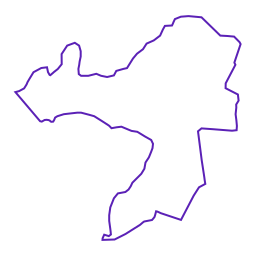 outline of Uzo-Uwani, Enugu, Nigeria
{"feature_id": "59680162B64770944232121", "entity_name": "Uzo-Uwani", "entity_type": "district", "adm_level": 2, "iso_a3": "NGA", "parent_name": "Nigeria", "parent_adm1": "Enugu", "projection": "albers", "projection_center": [7.09, 6.683], "detail": "fine", "context": "isolated", "style": "outline", "palette": "violet", "viewbox_px": 256, "rotation_deg": 0, "n_neighbors": 0, "source": "geoboundaries", "source_scale": "gbopen_adm2", "svg_char_len": 1972}
<svg xmlns="http://www.w3.org/2000/svg" viewBox="0 0 256 256"><path d="M188.5,16.1L180.9,16.7L178.1,17.8L174.9,19.1L173.5,22.1L172.9,23.6L172.0,25.5L164.9,25.9L162.9,29.5L160.1,35.6L153.8,40.4L146.6,43.6L143.0,49.2L137.0,53.7L133.0,58.5L127.0,68.1L123.4,68.9L116.3,70.9L113.9,75.4L108.0,76.8L107.1,77.0L101.1,75.8L96.3,73.8L88.3,75.8L85.8,75.8L81.1,75.8L78.8,74.1L78.4,68.9L79.2,64.9L79.6,61.7L80.7,56.5L80.7,51.2L79.1,45.6L74.8,42.8L67.2,45.6L66.0,47.4L61.6,54.1L61.7,64.2L57.8,69.0L55.5,70.8L54.8,71.4L54.7,71.4L54.1,71.9L53.1,72.8L50.3,75.2L49.6,74.9L48.0,72.1L47.0,67.3L41.3,68.0L33.5,72.2L29.3,79.1L27.5,82.2L26.6,84.4L24.1,88.4L19.1,91.1L15.4,92.1L40.1,121.2L41.8,121.6L44.6,120.0L46.7,119.8L48.7,120.1L49.8,120.6L50.6,121.5L51.6,121.8L53.2,121.6L54.2,119.9L55.1,117.6L57.4,116.2L63.8,114.2L69.9,113.5L77.0,112.7L81.2,112.7L84.3,113.5L89.6,114.9L94.2,116.2L102.0,121.1L108.5,125.3L109.2,125.8L111.5,128.2L116.5,127.3L121.4,126.7L131.5,130.9L137.3,131.8L142.9,135.2L145.0,136.5L151.2,140.0L153.0,143.8L152.5,148.2L151.0,152.2L149.0,157.1L148.8,157.5L145.5,162.5L144.4,168.7L141.3,173.8L132.4,182.7L130.7,186.3L128.5,189.6L127.8,190.1L125.4,192.0L117.9,193.4L113.9,198.3L110.3,207.4L109.2,215.2L109.2,220.9L110.3,228.9L110.6,231.4L110.9,234.5L108.8,236.1L104.2,234.7L102.6,238.3L102.5,239.9L114.6,239.5L125.5,234.0L140.1,224.8L142.9,222.4L144.2,221.5L152.0,220.0L153.4,218.4L154.5,217.0L155.2,214.8L156.1,211.3L157.4,211.6L159.0,212.3L160.6,213.1L181.0,219.9L193.7,195.6L199.0,187.3L205.3,183.9L205.0,182.2L204.9,181.5L204.6,179.6L204.5,178.7L204.4,178.1L204.4,177.9L203.8,173.9L202.3,164.1L201.7,160.2L200.3,149.2L198.0,131.3L201.5,128.4L212.9,129.2L231.9,130.7L232.2,130.7L236.6,130.2L236.9,126.0L236.4,120.5L235.6,114.2L236.3,107.6L236.2,104.5L238.6,100.6L237.9,94.5L225.6,88.2L225.7,83.3L235.4,64.8L235.0,63.9L234.7,63.4L234.4,62.5L240.6,44.1L239.6,42.2L234.1,36.6L227.4,36.0L220.3,35.6L201.5,17.3L188.5,16.1Z" fill="none" stroke="#5b21b6" stroke-width="2"/></svg>